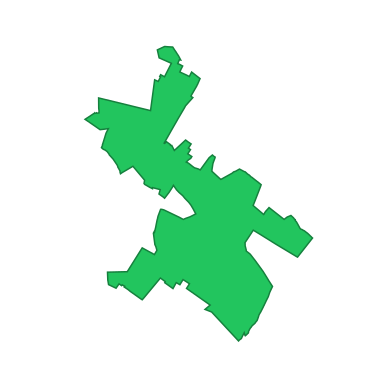 Samahil, Yucatán, Mexico, rotated 297°
{"feature_id": "50627088B51124691471902", "entity_name": "Samahil", "entity_type": "district", "adm_level": 2, "iso_a3": "MEX", "parent_name": "Mexico", "parent_adm1": "Yucatán", "projection": "mercator", "projection_center": [-89.908, 20.848], "detail": "fine", "context": "isolated", "style": "filled", "palette": "green", "viewbox_px": 384, "rotation_deg": 297, "n_neighbors": 0, "source": "geoboundaries", "source_scale": "gbopen_adm2", "svg_char_len": 4110}
<svg xmlns="http://www.w3.org/2000/svg" viewBox="0 0 384 384"><g transform="rotate(297 192 192)"><path d="M234.0,223.9L230.4,221.5L228.7,219.9L227.1,219.3L216.3,212.0L216.7,210.3L219.5,200.3L220.3,200.0L221.4,199.5L222.7,199.1L223.9,198.7L226.3,197.9L227.0,197.7L230.1,197.3L232.2,197.1L233.6,196.8L233.8,194.9L234.1,193.9L234.5,192.9L234.1,193.3L230.4,191.7L229.2,191.5L215.4,189.3L215.4,188.1L215.4,187.2L215.2,186.0L214.7,183.3L215.0,181.1L215.7,177.8L216.1,175.7L216.1,173.3L217.3,173.7L218.3,174.0L219.5,174.5L221.3,175.6L223.5,175.8L224.1,170.9L229.1,171.4L229.4,168.9L234.4,169.4L234.9,165.5L234.9,164.9L235.2,164.3L235.4,162.7L221.0,157.4L224.1,153.1L223.9,153.0L223.9,151.6L224.4,151.5L225.2,146.4L222.9,145.6L222.9,145.0L240.6,145.8L248.4,146.2L251.0,146.3L252.5,146.4L263.9,147.1L264.4,147.1L264.5,147.1L265.8,147.1L276.5,149.9L276.8,147.7L277.4,147.5L283.1,147.8L288.5,148.1L289.5,148.0L290.1,148.1L296.7,147.7L298.7,137.2L293.7,137.2L293.7,134.0L293.4,126.6L294.2,126.6L296.4,126.5L298.6,126.5L300.0,126.5L300.1,123.1L299.9,121.0L304.1,120.7L304.5,122.0L307.3,118.0L308.5,115.8L309.5,114.2L310.6,112.1L311.2,111.1L312.4,109.0L310.5,104.7L309.3,101.7L308.9,101.3L302.9,96.6L296.6,101.8L297.3,115.2L282.2,115.2L282.3,110.8L280.3,110.8L280.3,111.7L275.2,111.7L275.0,107.8L245.7,118.1L233.4,66.1L224.2,70.9L222.0,72.4L220.2,73.2L219.1,71.5L219.2,70.8L218.6,70.6L218.0,69.8L218.2,69.4L217.8,69.4L217.5,69.0L208.2,63.7L207.8,66.9L206.8,74.5L205.8,81.8L208.2,85.4L210.5,88.7L205.4,88.7L202.0,89.3L195.1,90.5L193.2,90.8L192.7,91.1L190.4,91.2L189.8,93.4L189.9,95.7L189.5,98.0L188.1,100.9L187.6,101.3L185.5,106.8L182.0,113.1L181.0,114.3L180.6,114.5L178.4,117.8L178.0,118.4L177.2,118.7L175.8,120.0L177.8,121.1L188.1,127.7L181.0,144.4L177.8,145.4L177.3,146.4L177.2,148.6L177.0,152.0L177.0,155.3L178.0,154.9L179.7,162.6L175.2,163.5L174.4,168.8L174.0,170.4L180.5,171.6L180.9,171.7L187.6,172.4L189.5,172.4L189.3,172.8L187.1,176.9L187.0,177.0L185.7,180.7L184.7,184.7L184.4,185.7L183.1,188.6L182.8,189.5L181.4,193.6L179.8,197.0L178.4,199.2L177.8,200.2L176.6,201.9L174.2,205.3L169.1,201.6L165.5,198.2L163.6,196.7L163.7,192.1L163.3,175.2L163.2,174.6L163.0,173.6L162.8,173.0L162.6,172.3L162.3,171.9L155.2,172.7L153.8,173.0L152.5,173.4L151.3,173.6L145.6,175.2L144.7,175.5L138.1,177.1L139.0,176.3L137.8,176.3L128.3,182.8L126.9,184.6L124.1,187.2L119.5,186.9L119.2,186.9L119.6,173.0L91.6,170.5L82.2,153.1L75.4,156.9L71.6,159.7L71.8,168.0L77.0,168.7L76.6,171.8L77.6,172.0L77.5,174.9L76.6,174.7L76.3,177.1L76.0,179.5L75.4,182.1L73.4,195.8L73.4,196.6L75.4,197.1L101.0,202.9L100.0,208.9L98.8,208.9L97.3,218.9L104.1,219.1L103.9,223.3L109.9,223.8L109.1,231.4L103.6,230.9L99.5,259.5L93.3,256.9L94.0,264.0L80.4,301.1L81.7,301.4L83.8,302.5L86.7,302.4L90.3,302.4L88.1,304.5L88.1,304.8L89.7,305.4L90.2,305.6L91.0,305.8L91.5,306.0L91.9,306.2L92.5,306.1L93.3,305.7L94.1,305.7L95.8,305.7L96.7,305.7L97.2,305.8L97.6,305.9L98.3,306.1L98.7,306.1L100.0,306.3L101.1,306.7L103.6,307.7L104.7,307.8L106.9,308.3L107.5,308.3L109.9,308.0L111.3,307.8L111.7,307.7L113.1,307.5L115.0,307.6L116.1,307.7L117.2,307.7L118.9,307.7L121.0,307.7L122.3,307.7L123.1,307.6L124.0,307.7L124.5,307.6L125.4,307.6L126.2,307.6L128.9,307.5L130.3,307.5L133.3,307.5L138.0,306.8L144.4,306.6L148.0,300.4L149.5,298.0L153.5,291.4L159.6,279.4L163.0,272.2L163.2,271.4L164.0,267.2L165.1,266.5L166.8,265.0L167.1,264.8L168.0,263.9L170.4,262.6L170.7,262.2L178.4,263.1L181.9,263.5L182.0,263.5L185.8,263.9L185.2,271.9L183.6,290.3L181.9,314.6L181.9,315.6L205.7,320.3L205.9,319.5L206.3,318.4L206.6,317.3L207.0,316.1L207.7,313.7L208.1,311.3L208.4,309.9L208.4,308.1L208.5,307.1L208.5,306.6L208.4,306.3L208.3,305.6L208.7,304.7L212.7,298.8L213.5,296.9L214.2,296.6L214.4,295.5L215.1,294.1L216.0,290.8L212.8,288.1L209.4,286.5L213.1,267.7L211.1,267.2L208.6,266.5L206.8,266.2L204.9,266.2L204.5,266.1L207.7,252.6L213.2,252.1L227.9,250.6L229.9,250.3L230.2,249.0L232.3,238.5L232.3,238.1L232.3,237.5L232.8,236.3L233.1,235.1L233.2,234.1L233.1,233.7L233.3,233.2L233.4,232.5L233.7,232.0L233.8,231.2L234.1,230.5L233.9,229.2L234.0,223.9Z" fill="#22c55e" stroke="#15803d" stroke-width="1.5"/></g></svg>